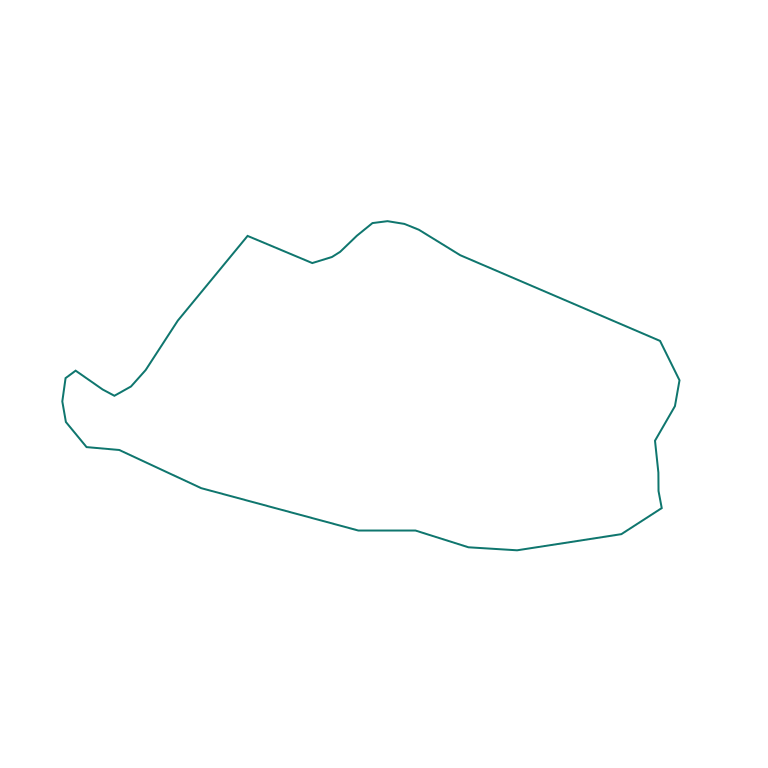 Preddvor, Robinson projection, rotated 19°
{"feature_id": "SVN-215", "entity_name": "Preddvor", "entity_type": "Municipality", "adm_level": 1, "iso_a3": "SVN", "parent_name": "Slovenia", "parent_adm1": "", "projection": "robinson", "projection_center": [14.451, 46.328], "detail": "fine", "context": "isolated", "style": "outline", "palette": "teal", "viewbox_px": 768, "rotation_deg": 19, "n_neighbors": 0, "source": "natural_earth", "source_scale": "10m", "svg_char_len": 581}
<svg xmlns="http://www.w3.org/2000/svg" viewBox="0 0 768 768"><g transform="rotate(19 384 384)"><path d="M407.5,530.9L245.0,542.0L155.1,532.6L123.3,540.5L95.6,523.5L85.5,505.2L81.0,482.1L88.1,471.8L119.8,480.8L132.9,482.9L145.6,468.7L154.1,448.4L168.4,391.2L206.8,288.4L276.8,293.0L293.5,280.8L299.5,273.3L310.1,252.6L320.7,235.6L334.3,228.9L351.1,226.0L366.7,226.8L414.1,237.4L631.0,253.4L662.2,284.3L666.3,310.2L658.7,349.4L672.3,378.5L678.4,395.8L687.0,410.9L657.3,448.7L564.0,497.9L517.0,510.9L461.5,512.3L407.5,530.9Z" fill="none" stroke="#0f766e" stroke-width="2"/></g></svg>